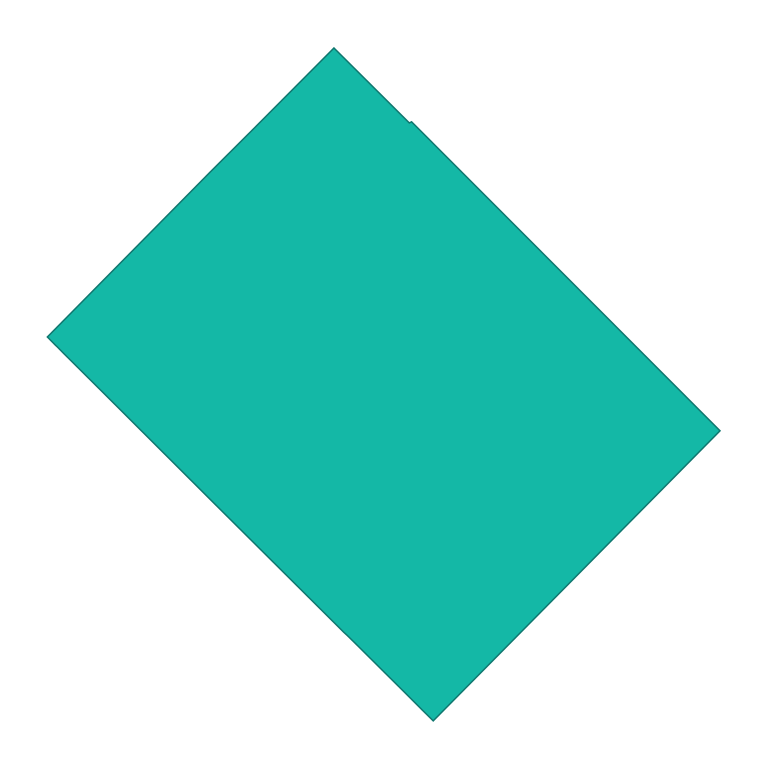 Niobrara, Wyoming, United States of America (Natural Earth projection), rotated 135°
{"feature_id": "52423323B65345552187242", "entity_name": "Niobrara", "entity_type": "district", "adm_level": 2, "iso_a3": "USA", "parent_name": "United States of America", "parent_adm1": "Wyoming", "projection": "natural_earth1", "projection_center": [-104.247, 43.056], "detail": "fine", "context": "isolated", "style": "filled", "palette": "teal", "viewbox_px": 768, "rotation_deg": 135, "n_neighbors": 0, "source": "geoboundaries", "source_scale": "gbopen_adm2", "svg_char_len": 447}
<svg xmlns="http://www.w3.org/2000/svg" viewBox="0 0 768 768"><g transform="rotate(135 384 384)"><path d="M587.4,111.0L179.5,113.3L179.1,549.9L181.5,550.7L181.8,657.0L296.6,656.7L356.6,656.8L588.8,655.3L588.9,643.6L588.8,641.7L588.9,631.9L588.7,570.8L588.7,568.0L588.5,417.8L588.0,241.2L588.0,236.8L587.8,232.4L587.7,219.2L587.6,179.5L587.5,156.4L587.5,126.6L587.4,111.2L587.4,111.0Z" fill="#14b8a6" stroke="#0f766e" stroke-width="1.5"/></g></svg>